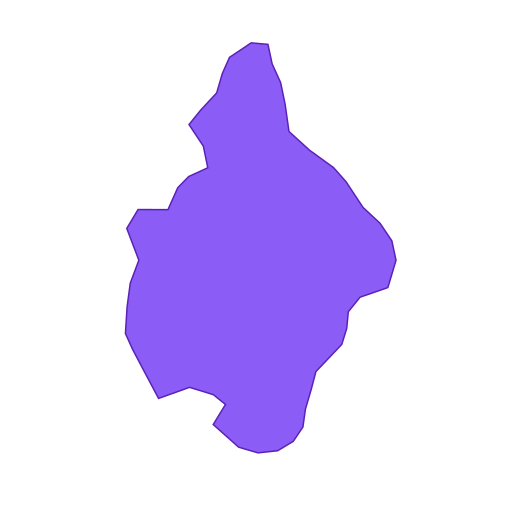 outline of Kioneli, Cyprus, rotated 39°
{"feature_id": "46923920B14813142167534", "entity_name": "Kioneli", "entity_type": "district", "adm_level": 2, "iso_a3": "CYP", "parent_name": "Cyprus", "parent_adm1": "", "projection": "albers", "projection_center": [33.295, 35.224], "detail": "fine", "context": "isolated", "style": "filled", "palette": "violet", "viewbox_px": 512, "rotation_deg": 39, "n_neighbors": 0, "source": "geoboundaries", "source_scale": "gbopen_adm2", "svg_char_len": 791}
<svg xmlns="http://www.w3.org/2000/svg" viewBox="0 0 512 512"><g transform="rotate(39 256 256)"><path d="M138.2,315.9L167.6,333.0L175.4,356.3L187.8,376.6L203.3,398.4L218.8,406.2L240.5,415.5L269.9,428.0L287.0,399.9L310.2,390.6L325.7,390.6L328.8,413.9L362.9,415.5L371.5,411.9L381.5,407.7L395.4,393.7L401.6,376.6L400.1,359.4L390.8,343.9L383.0,325.2L375.3,308.1L378.3,270.7L372.1,255.2L362.8,241.2L362.8,222.5L378.3,197.6L376.9,194.0L367.5,171.2L352.0,158.7L331.8,152.5L308.6,150.9L279.2,141.6L260.6,138.5L231.2,140.1L203.3,138.5L183.2,119.8L166.1,105.8L147.6,96.5L132.1,84.0L118.1,93.4L110.4,118.3L115.0,135.4L122.8,154.0L121.2,177.4L121.2,196.0L146.0,203.8L163.0,217.8L153.7,236.5L152.2,252.1L158.4,275.4L135.1,294.1L138.2,315.9Z" fill="#8b5cf6" stroke="#5b21b6" stroke-width="1.5"/></g></svg>